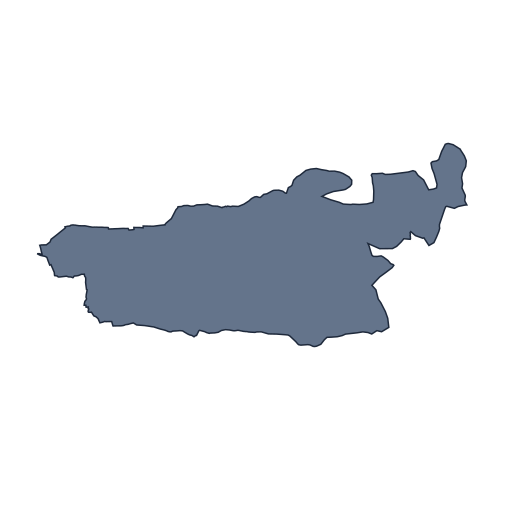 Lisa, Brasov, Romania, rotated 265°
{"feature_id": "2599482B61913429007955", "entity_name": "Lisa", "entity_type": "district", "adm_level": 2, "iso_a3": "ROU", "parent_name": "Romania", "parent_adm1": "Brasov", "projection": "albers", "projection_center": [24.869, 45.68], "detail": "fine", "context": "isolated", "style": "filled", "palette": "slate", "viewbox_px": 512, "rotation_deg": 265, "n_neighbors": 0, "source": "geoboundaries", "source_scale": "gbopen_adm2", "svg_char_len": 5771}
<svg xmlns="http://www.w3.org/2000/svg" viewBox="0 0 512 512"><g transform="rotate(265 256 256)"><path d="M344.5,468.9L344.8,468.5L349.7,462.1L351.3,457.6L351.3,456.3L350.8,454.3L347.4,452.2L344.1,450.1L336.2,446.5L335.0,444.2L334.6,439.9L333.3,438.4L327.8,439.0L322.5,440.6L311.6,442.6L308.1,441.8L307.2,438.6L306.9,433.8L317.2,429.6L322.1,424.5L326.3,422.1L327.3,419.8L326.4,415.0L325.7,397.1L326.0,391.8L327.4,389.2L327.5,383.2L327.9,379.0L326.5,377.9L324.1,378.6L318.8,378.5L315.8,379.0L310.4,379.0L301.9,378.0L299.3,377.3L298.2,370.9L298.3,363.5L299.2,356.9L299.0,355.1L300.1,347.5L302.2,343.7L305.5,335.3L307.4,331.4L309.6,326.9L311.7,331.7L313.5,338.7L314.2,348.6L314.6,351.0L317.1,355.6L319.1,357.5L323.2,358.0L324.8,356.8L326.6,355.6L330.6,349.9L332.2,346.7L333.7,341.7L334.1,336.3L335.0,334.0L336.3,328.8L337.9,323.8L337.8,318.0L336.9,313.2L332.6,306.8L331.3,303.6L328.2,300.1L323.3,298.0L322.3,296.6L321.3,294.2L315.9,291.8L316.1,290.7L318.2,288.3L319.6,284.5L319.9,279.6L319.6,278.3L317.0,272.2L316.7,269.0L314.0,265.5L314.1,264.3L315.1,261.9L315.0,259.8L313.6,256.5L311.5,253.8L308.7,248.5L306.9,242.7L307.7,237.0L307.4,235.0L308.2,232.0L307.7,231.1L308.2,230.1L307.6,228.0L307.5,226.8L307.1,226.4L309.0,222.0L309.6,217.1L311.9,212.2L311.8,209.7L311.9,205.2L312.1,201.5L311.1,198.1L311.3,195.3L312.3,192.5L312.5,188.4L311.8,186.1L311.9,182.6L310.7,182.1L309.1,180.3L300.7,175.0L296.7,169.4L295.4,168.1L295.0,168.1L294.9,163.1L294.6,156.3L295.7,146.2L293.9,146.0L294.5,142.8L295.1,136.8L293.1,136.8L292.9,135.4L292.9,131.8L294.6,131.0L294.8,128.3L295.1,126.0L295.3,120.6L295.5,117.1L295.5,116.0L295.7,112.2L295.7,111.6L295.8,111.4L297.0,111.4L297.3,111.1L297.5,109.5L297.5,109.1L297.6,108.7L297.7,107.4L298.0,105.7L298.1,104.9L298.2,104.0L298.3,102.5L298.4,101.5L298.5,100.8L298.6,100.1L298.7,99.5L298.7,99.0L298.8,98.1L298.9,97.2L298.9,96.8L298.9,96.2L299.0,95.6L299.0,95.2L299.1,94.9L299.3,94.4L299.3,94.1L299.5,93.6L299.9,92.0L300.2,91.1L300.4,90.2L300.7,89.4L300.9,88.5L301.0,88.1L301.1,87.3L301.1,86.7L301.2,85.9L301.3,84.7L301.5,83.1L301.6,82.2L301.9,81.1L302.0,80.6L302.1,80.0L302.4,79.2L302.5,78.5L302.6,77.9L302.8,77.0L302.9,76.3L302.9,75.8L302.8,74.2L302.2,73.3L302.1,72.2L302.1,70.8L301.9,69.6L301.7,68.2L300.9,68.4L300.6,68.5L299.3,66.6L298.7,65.7L298.3,65.1L297.3,63.6L293.8,58.4L290.5,53.3L289.8,53.0L287.9,52.0L286.4,49.7L285.4,48.1L285.6,44.8L285.7,43.3L285.5,41.5L284.8,41.7L282.1,42.2L279.6,42.5L278.0,42.8L276.3,43.0L276.7,41.4L277.0,41.1L277.3,40.0L277.3,38.9L277.4,38.2L276.8,39.0L275.5,41.1L275.2,42.0L274.8,43.2L274.1,45.5L273.8,46.2L272.8,47.6L269.5,48.4L266.7,49.2L264.9,49.7L265.3,51.0L264.3,51.3L260.4,52.6L259.9,52.7L259.4,52.9L258.5,53.2L257.3,53.6L256.9,53.6L256.2,53.6L254.4,53.6L254.0,53.7L253.8,54.7L253.6,55.4L253.3,56.3L252.8,56.7L252.3,57.2L252.2,58.7L252.3,62.0L252.4,65.4L251.4,67.8L251.4,68.4L251.3,69.3L251.1,70.0L250.7,71.0L250.3,71.7L250.8,72.3L251.6,72.8L252.0,73.9L251.8,74.5L251.9,76.1L252.0,77.3L252.6,79.3L253.0,80.3L252.9,81.8L252.8,83.4L251.3,83.4L250.4,83.8L249.7,84.3L248.8,84.4L247.0,84.3L246.3,84.2L244.4,83.9L242.8,84.0L240.1,84.1L237.4,84.2L237.1,84.8L236.0,84.6L234.3,84.1L232.2,83.5L231.7,83.4L231.2,83.4L230.1,83.1L229.7,83.1L229.4,83.2L228.5,83.4L228.0,83.4L227.6,83.2L227.2,83.0L226.4,82.2L225.8,81.6L225.1,81.4L224.4,81.1L223.4,80.8L221.9,80.5L221.8,82.2L219.8,82.3L219.8,84.5L218.2,84.2L217.8,84.8L216.6,84.3L216.1,84.1L215.7,83.9L214.6,84.2L214.3,86.2L214.4,86.8L214.4,87.2L212.6,88.1L211.1,88.9L210.4,89.3L209.5,91.2L207.4,93.2L205.8,93.7L203.0,94.7L203.4,97.2L203.7,98.6L204.0,99.4L203.7,100.7L203.3,106.5L198.9,107.4L198.7,107.5L198.7,108.8L198.4,112.9L198.2,115.7L198.3,117.7L198.5,118.7L198.8,119.4L199.0,120.6L199.0,121.6L199.1,122.9L199.5,124.6L200.0,128.0L197.7,131.1L197.5,132.3L196.4,139.0L195.7,142.0L194.6,146.3L194.3,147.8L191.6,154.2L190.7,156.9L190.1,158.6L189.2,160.6L188.6,161.5L188.1,162.9L187.8,164.8L188.4,166.3L188.4,167.8L188.3,170.1L188.3,174.0L188.1,174.5L187.9,176.2L186.6,177.9L185.8,179.0L184.3,181.1L183.2,183.0L182.4,185.3L180.9,187.2L182.1,189.1L182.0,189.8L186.4,192.5L186.9,193.3L185.1,198.3L183.9,200.3L183.6,201.2L183.1,202.5L183.0,202.8L183.2,203.6L183.0,208.2L183.3,211.7L184.8,215.0L185.3,219.2L184.6,223.2L183.6,226.6L183.4,227.8L183.4,229.1L183.5,230.4L183.6,231.5L183.3,232.7L183.1,233.4L182.9,233.9L182.5,235.4L182.1,236.6L182.0,237.0L181.8,238.3L181.6,239.1L181.5,240.4L181.0,241.8L180.9,242.6L180.7,243.4L180.0,248.3L180.3,250.1L180.0,254.6L177.3,261.6L176.4,269.9L174.9,279.0L174.5,281.0L173.5,282.6L167.2,288.2L164.8,289.9L163.9,290.8L163.3,292.9L163.2,299.9L162.7,302.1L161.0,305.0L160.7,306.6L160.9,308.5L162.4,312.9L163.7,314.1L166.6,316.8L168.8,319.6L168.6,323.8L168.5,330.0L169.2,334.9L170.4,338.4L170.6,347.0L170.7,350.5L171.1,355.8L170.0,360.9L168.2,364.5L171.1,369.9L169.6,374.5L173.3,382.1L182.5,381.8L189.4,380.0L198.5,376.3L202.5,374.0L211.9,372.5L216.7,368.9L224.4,377.4L228.3,383.9L232.5,390.6L234.7,392.5L235.5,391.9L236.6,389.5L240.0,387.1L241.1,385.9L244.0,382.6L245.2,380.7L245.0,376.6L245.4,372.9L246.5,371.6L249.8,370.8L255.8,369.6L258.7,368.6L252.5,379.8L251.5,392.6L252.4,394.7L253.3,396.9L257.3,401.8L260.3,404.8L259.8,407.6L259.2,411.1L259.7,411.4L261.0,411.4L262.0,411.5L262.8,411.3L264.2,411.7L265.9,411.5L266.8,412.3L262.4,416.6L259.2,423.6L259.4,424.9L251.4,429.2L253.8,434.4L258.8,437.3L261.7,438.8L264.6,440.3L267.6,441.4L269.3,441.3L271.4,441.5L286.2,448.0L288.6,449.3L288.9,450.4L286.2,457.8L287.7,461.7L288.1,465.0L288.5,468.3L288.5,469.9L288.5,470.5L291.3,469.3L292.3,468.9L293.6,468.8L297.1,469.7L298.4,469.7L305.8,467.1L309.9,468.1L316.1,467.6L321.1,469.0L325.2,471.7L326.8,472.7L332.5,473.8L337.5,472.3L338.9,471.6L339.3,471.4L344.0,468.9L344.5,468.9Z" fill="#64748b" stroke="#1e293b" stroke-width="1.5"/></g></svg>